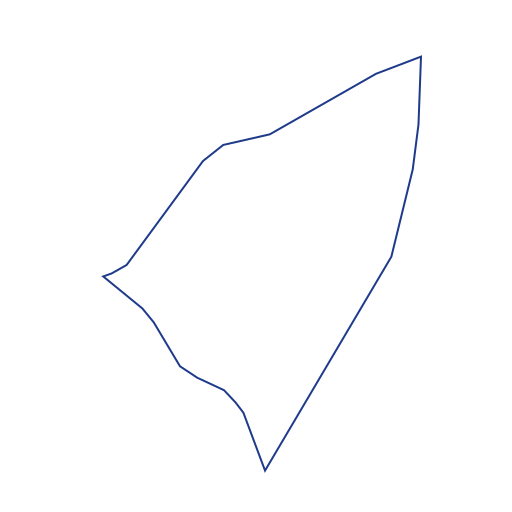 Bissau, Natural Earth projection, rotated 185°
{"feature_id": "GNB-769", "entity_name": "Bissau", "entity_type": "Autonomous Sector", "adm_level": 1, "iso_a3": "GNB", "parent_name": "Guinea-Bissau", "parent_adm1": "", "projection": "natural_earth1", "projection_center": [-15.605, 11.885], "detail": "fine", "context": "isolated", "style": "outline", "palette": "blue", "viewbox_px": 512, "rotation_deg": 185, "n_neighbors": 0, "source": "natural_earth", "source_scale": "10m", "svg_char_len": 404}
<svg xmlns="http://www.w3.org/2000/svg" viewBox="0 0 512 512"><g transform="rotate(185 256 256)"><path d="M406.4,222.3L398.2,226.1L384.1,235.8L317.1,346.0L298.3,363.8L252.9,378.4L152.3,448.0L109.0,469.0L105.6,401.2L107.4,355.9L121.1,267.1L228.3,43.0L254.9,98.8L263.6,108.3L276.1,119.5L303.9,129.6L322.1,139.5L352.1,181.0L364.6,193.8L406.4,222.3Z" fill="none" stroke="#1e3a8a" stroke-width="2"/></g></svg>